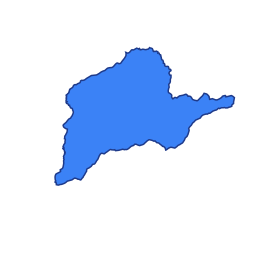 Salento, Quindío, Colombia (Equal Earth projection), rotated 37°
{"feature_id": "7082276B37195114642514", "entity_name": "Salento", "entity_type": "district", "adm_level": 2, "iso_a3": "COL", "parent_name": "Colombia", "parent_adm1": "Quindío", "projection": "equal_earth", "projection_center": [-75.548, 4.594], "detail": "fine", "context": "isolated", "style": "filled", "palette": "blue", "viewbox_px": 256, "rotation_deg": 37, "n_neighbors": 0, "source": "geoboundaries", "source_scale": "gbopen_adm2", "svg_char_len": 5700}
<svg xmlns="http://www.w3.org/2000/svg" viewBox="0 0 256 256"><g transform="rotate(37 128 128)"><path d="M58.2,132.1L58.5,132.3L58.4,132.7L58.5,133.0L58.9,134.0L59.1,134.2L59.1,134.6L59.3,134.8L59.3,135.2L59.5,135.5L59.5,135.9L59.2,136.9L59.2,138.0L58.8,138.6L58.9,139.1L59.1,139.2L59.3,139.1L59.7,139.4L59.6,139.7L59.9,140.0L60.2,140.2L60.5,140.7L60.4,140.9L60.8,141.5L60.9,141.4L61.4,141.7L61.9,143.2L62.2,143.6L62.9,143.9L62.9,144.4L63.0,144.4L63.0,144.2L63.3,143.9L63.4,143.6L63.6,143.6L63.4,145.5L63.6,145.2L64.2,145.3L65.1,145.0L65.9,145.0L66.7,145.5L66.9,145.6L67.3,145.4L67.6,145.1L67.9,145.5L68.4,145.6L70.1,146.5L70.8,146.2L71.5,146.0L72.0,146.1L72.4,146.4L72.8,146.9L73.5,147.2L74.7,148.1L75.1,148.7L75.5,149.7L75.6,150.5L76.0,151.6L76.0,153.5L76.2,154.3L76.2,154.8L75.6,155.7L75.3,156.8L75.2,158.2L75.2,160.7L74.5,163.8L74.5,164.8L75.7,165.8L76.4,166.0L78.4,166.0L80.3,165.4L81.8,168.0L82.2,170.4L82.4,171.3L82.4,172.4L82.7,173.1L83.3,173.9L83.7,174.8L84.5,174.6L84.8,174.8L85.8,176.7L86.2,177.3L86.7,177.7L86.8,180.0L87.4,182.0L88.1,182.0L89.0,182.6L89.0,183.1L88.2,183.3L88.2,183.5L88.6,183.7L90.2,183.9L90.5,184.1L91.2,184.8L91.6,185.0L92.2,185.0L92.4,185.1L92.6,185.5L92.2,185.3L92.1,185.5L92.8,186.7L93.2,187.6L93.6,189.6L94.5,190.2L94.6,190.4L94.9,191.1L95.8,191.5L96.1,192.6L96.4,193.1L97.8,194.7L98.4,195.8L99.6,198.2L99.9,199.2L99.9,200.1L99.0,202.1L99.3,202.5L100.0,202.8L100.3,203.4L99.8,204.8L98.9,206.5L98.2,208.1L98.4,209.4L99.2,211.0L100.4,212.4L100.9,212.9L101.2,213.3L102.0,213.6L102.2,214.0L102.2,215.0L102.4,215.2L102.7,215.2L103.2,214.8L103.8,215.1L104.0,215.2L104.3,215.8L104.7,216.1L104.9,216.4L106.6,215.6L107.1,215.1L107.8,213.9L108.3,213.6L109.0,212.8L110.3,210.8L111.0,209.3L111.5,207.0L114.5,203.1L115.2,200.9L115.7,200.0L117.7,199.2L118.5,199.2L119.7,198.5L121.3,198.1L121.6,197.7L121.6,195.6L121.8,194.5L121.5,193.4L121.4,191.3L121.0,188.9L121.0,187.8L120.9,187.4L120.0,186.1L119.9,185.6L120.1,184.8L120.9,183.3L121.7,180.8L121.6,178.4L122.2,177.7L122.6,177.4L123.0,176.4L122.8,173.9L122.6,172.8L122.8,171.7L122.7,171.0L121.8,167.5L121.6,165.5L121.8,164.7L122.3,163.9L123.4,163.4L124.3,163.1L124.7,162.7L125.0,161.2L125.6,159.6L126.4,156.8L126.8,155.9L127.5,155.4L128.3,155.2L129.3,154.4L129.8,154.2L130.5,153.3L131.2,153.6L131.7,153.6L134.0,151.4L136.6,148.1L138.2,147.5L138.5,147.0L139.7,146.2L140.2,145.6L140.8,144.2L141.6,140.6L142.1,139.9L142.5,139.0L143.0,138.6L143.1,137.1L143.3,136.7L144.5,136.0L145.7,135.8L147.8,135.1L148.2,134.7L148.4,134.1L148.8,133.8L149.9,132.2L150.4,130.9L150.5,129.8L150.8,128.5L150.9,127.4L151.7,124.9L152.3,124.4L154.6,123.4L156.7,122.9L157.3,122.1L159.8,122.4L160.8,121.8L161.8,121.5L162.5,121.5L163.4,121.7L165.5,121.6L166.6,121.9L167.4,121.4L169.0,121.4L170.0,121.8L171.4,122.9L171.8,122.3L172.5,119.8L173.3,118.3L173.7,117.7L174.4,117.2L177.1,116.0L177.5,115.8L178.2,113.5L178.4,112.0L178.6,111.4L179.4,110.1L179.5,109.5L180.3,107.7L180.5,107.1L180.5,105.9L180.3,103.6L179.7,101.5L180.2,99.2L179.9,98.0L179.8,97.2L178.4,93.4L178.0,92.8L176.9,92.1L176.7,91.3L176.6,90.4L176.7,89.1L176.9,87.6L176.6,85.2L177.1,83.2L177.2,81.1L179.7,76.6L179.6,74.1L180.2,72.2L181.9,69.9L183.0,69.2L183.7,67.5L184.4,67.1L184.6,66.8L185.6,63.5L186.7,61.7L187.8,60.3L188.0,59.7L188.3,58.0L188.5,57.7L188.9,57.5L189.5,57.4L189.8,56.7L190.6,55.4L191.8,54.6L192.7,53.6L193.8,53.3L195.6,51.8L195.7,51.4L195.8,51.1L197.1,49.5L197.8,48.2L197.3,47.5L197.1,46.7L197.3,45.9L197.6,45.0L196.6,43.6L195.7,41.7L194.7,39.7L192.7,39.6L191.3,39.8L190.9,40.0L188.7,42.8L187.4,44.2L186.5,43.5L186.1,43.5L185.9,43.7L184.6,45.3L184.3,45.9L184.4,47.2L183.6,49.4L182.3,51.9L181.1,52.8L177.7,53.8L176.1,56.0L175.9,56.0L175.5,55.3L174.7,55.0L173.7,54.0L171.4,53.5L170.6,53.5L170.1,53.6L167.9,54.5L168.1,56.4L168.1,57.8L167.6,60.4L167.5,61.8L167.3,62.7L167.2,63.8L167.0,64.4L166.6,64.8L165.7,65.1L164.8,65.7L163.9,65.9L162.6,66.3L162.0,66.2L160.3,65.5L159.0,65.2L157.9,65.6L156.8,66.6L156.2,66.1L155.6,66.0L154.7,66.2L154.0,66.1L153.1,67.3L152.4,68.5L149.8,71.4L149.3,73.0L149.0,74.6L147.9,74.9L147.1,75.3L146.7,76.0L146.5,77.4L146.0,77.8L144.2,77.0L143.3,75.6L142.8,75.3L141.5,75.1L139.1,75.3L138.6,75.0L137.7,74.1L136.7,72.1L136.3,70.6L134.7,69.1L134.3,68.6L134.3,66.7L134.1,66.0L133.7,65.2L132.9,64.2L132.5,63.5L132.0,61.9L130.8,60.2L130.6,60.0L130.2,60.4L129.5,60.5L129.1,60.4L128.9,60.0L127.9,59.8L127.7,59.5L127.5,59.0L127.3,57.8L127.8,56.4L127.5,56.0L127.2,55.8L126.6,55.6L125.8,56.1L125.1,56.1L123.8,55.0L123.2,54.7L122.4,55.0L121.5,55.8L121.0,56.1L120.6,56.2L120.0,56.1L119.6,55.9L119.1,55.1L118.7,54.8L118.0,54.7L117.3,55.0L116.5,53.9L115.1,52.9L114.1,53.1L113.7,53.1L113.2,52.6L112.6,52.2L111.9,51.4L110.9,50.9L110.5,50.2L110.2,50.0L109.8,50.0L109.1,50.3L108.8,50.2L108.0,49.6L107.6,49.5L107.3,49.6L106.8,50.2L106.5,49.7L105.8,49.1L105.2,49.5L104.4,49.5L103.7,50.5L103.0,50.8L102.7,51.4L102.4,51.5L102.0,51.5L101.1,50.8L99.7,50.0L98.9,50.1L97.3,50.8L96.9,50.8L96.8,52.4L96.7,52.8L96.1,53.4L95.3,54.5L94.7,55.0L92.4,56.1L91.4,57.5L91.0,57.7L90.7,58.2L89.3,57.6L89.0,58.6L88.5,58.5L87.4,58.9L86.9,59.0L85.5,62.2L85.0,62.7L84.2,63.0L83.9,63.5L83.8,63.9L83.8,64.8L83.7,65.7L83.7,66.5L83.4,67.4L82.7,68.3L82.3,68.6L81.3,68.7L80.7,68.9L81.4,69.4L82.8,71.4L83.1,73.2L83.2,74.8L83.1,78.0L83.2,80.2L83.1,80.9L82.5,81.7L81.7,82.2L80.8,82.3L80.2,82.7L79.9,83.2L79.6,84.4L79.4,87.4L79.1,88.7L78.8,89.3L76.9,91.0L75.8,92.3L75.5,93.1L74.9,96.0L73.8,97.6L72.8,99.5L72.1,102.0L71.8,102.5L71.6,103.1L71.1,104.3L70.6,104.9L67.2,108.1L65.1,113.2L64.4,115.7L63.4,117.1L62.4,117.7L62.0,118.3L61.8,119.0L62.3,120.1L62.3,121.0L61.2,122.8L60.6,124.6L59.6,125.2L59.1,126.0L58.9,126.8L59.3,128.4L59.2,129.4L58.2,132.1Z" fill="#3b82f6" stroke="#1e3a8a" stroke-width="1.5"/></g></svg>